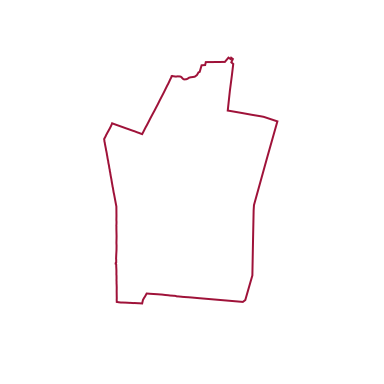 the district of Radoiesti, Teleorman, Romania, rotated 304°
{"feature_id": "2599482B34958569310184", "entity_name": "Radoiesti", "entity_type": "district", "adm_level": 2, "iso_a3": "ROU", "parent_name": "Romania", "parent_adm1": "Teleorman", "projection": "equal_earth", "projection_center": [25.145, 44.144], "detail": "fine", "context": "isolated", "style": "outline", "palette": "rose", "viewbox_px": 384, "rotation_deg": 304, "n_neighbors": 0, "source": "geoboundaries", "source_scale": "gbopen_adm2", "svg_char_len": 3953}
<svg xmlns="http://www.w3.org/2000/svg" viewBox="0 0 384 384"><g transform="rotate(304 192 192)"><path d="M325.1,151.5L325.2,149.4L323.8,149.6L323.8,147.1L318.2,146.5L307.4,130.8L304.6,131.9L302.4,129.1L295.9,131.2L294.8,130.5L291.7,130.7L289.1,129.8L288.1,128.7L286.8,127.3L286.6,127.0L286.1,126.5L285.6,126.1L285.3,125.8L285.0,125.6L284.8,125.5L284.6,125.4L283.9,125.2L283.5,125.0L283.1,124.8L282.7,124.5L282.4,124.3L282.1,124.0L281.9,123.7L281.6,123.4L281.3,123.0L281.0,122.6L280.9,122.3L280.8,121.9L280.8,121.2L280.9,120.6L281.0,120.1L281.3,119.2L281.3,118.8L281.3,118.2L281.2,117.8L281.0,117.4L280.8,117.0L280.6,116.6L280.2,116.0L279.9,115.5L279.3,114.8L278.8,114.3L278.5,113.8L278.3,113.5L278.2,113.1L277.9,112.6L277.5,111.7L277.3,111.3L277.2,110.8L277.0,110.5L276.9,110.4L276.5,110.3L276.3,110.5L276.1,110.6L275.6,110.7L274.7,110.8L274.1,110.9L273.6,110.9L271.3,111.3L268.1,111.8L266.6,111.9L263.7,112.3L259.4,112.9L257.0,113.2L253.4,113.6L250.0,114.0L245.6,114.6L242.7,114.9L238.5,115.4L235.3,115.7L229.6,116.3L226.5,116.7L222.2,117.2L219.6,117.4L217.2,117.7L214.0,118.1L212.1,118.3L211.6,116.3L211.4,115.3L210.9,113.5L210.2,110.3L209.8,109.0L209.2,106.7L208.5,103.9L207.9,101.7L207.1,98.5L206.2,95.0L205.4,91.9L204.7,89.1L204.3,87.4L204.0,87.5L203.8,87.5L201.7,87.9L201.0,88.0L197.7,88.4L197.3,88.4L197.1,88.4L196.5,88.5L196.1,88.5L195.6,88.6L195.3,88.6L194.9,88.6L194.3,88.7L193.9,88.7L193.0,88.8L192.3,88.9L191.8,88.9L191.0,89.0L190.6,89.1L190.2,89.2L189.9,89.2L189.5,89.2L188.8,89.4L188.2,89.4L187.8,89.4L187.3,89.5L187.1,89.5L186.9,89.5L186.7,89.6L186.5,89.8L186.2,90.1L185.4,90.8L185.1,91.0L184.6,91.5L184.1,92.1L183.4,92.7L182.7,93.4L181.4,94.7L180.4,95.7L179.8,96.3L179.4,96.7L178.8,97.2L178.0,98.1L177.0,99.1L176.1,100.0L175.7,100.3L174.7,101.3L173.7,102.3L173.1,102.8L171.8,104.1L171.3,104.6L171.1,104.9L170.2,105.7L169.7,106.1L169.2,106.6L168.9,106.9L168.4,107.4L167.7,108.2L167.1,108.7L166.6,109.2L165.8,109.9L165.1,110.6L164.5,111.3L163.6,112.0L163.0,112.6L162.6,113.0L162.1,113.6L161.2,114.3L160.8,114.8L160.4,115.1L159.6,115.9L159.0,116.5L158.1,117.4L157.3,118.2L156.9,118.6L156.5,118.9L155.9,119.5L155.5,119.9L155.2,120.1L154.7,120.7L154.1,121.2L153.5,121.8L152.8,122.5L152.0,123.2L151.4,123.9L150.6,124.7L149.8,125.4L149.3,125.9L148.7,126.5L148.4,126.7L146.5,128.7L139.1,136.0L137.7,137.4L129.7,142.9L126.6,144.9L124.9,146.2L123.0,147.4L121.8,148.1L121.5,148.3L121.2,148.6L119.8,149.5L118.2,150.6L116.8,151.6L114.4,153.3L113.3,154.1L111.3,155.4L109.1,156.8L107.4,157.9L105.4,159.4L104.2,160.2L102.8,161.1L101.6,161.9L100.7,162.4L100.3,162.7L98.9,163.5L96.3,165.1L95.0,165.9L94.2,166.4L93.5,167.0L92.9,167.4L92.5,167.7L91.7,168.2L91.4,168.4L91.2,168.4L91.2,168.5L90.8,168.6L90.5,168.6L90.3,168.6L90.0,168.7L89.8,168.8L89.8,169.0L89.8,169.3L89.4,169.8L87.8,170.9L86.2,172.1L84.7,173.2L83.4,174.1L81.4,175.4L80.3,176.3L77.8,178.0L76.8,178.6L75.2,179.8L74.1,180.5L72.8,181.5L71.0,182.8L69.5,183.8L67.5,185.1L66.5,185.8L65.2,186.7L63.9,187.6L61.9,189.0L60.9,189.6L59.6,190.5L58.8,191.1L59.1,191.7L59.6,192.9L60.2,194.0L60.5,194.7L61.2,195.7L61.5,196.2L62.2,197.3L63.2,198.9L65.1,202.1L65.8,203.2L67.0,205.3L67.6,206.2L67.9,206.5L68.5,207.6L70.5,210.9L71.7,213.0L75.1,211.7L76.2,211.6L77.2,211.5L77.6,211.5L78.3,211.5L79.0,211.5L81.2,211.3L82.5,211.2L84.2,214.2L84.9,215.4L87.9,220.5L89.5,223.3L90.1,224.3L90.7,225.5L91.6,227.3L93.2,230.2L93.9,231.7L94.6,232.9L95.1,233.7L95.7,234.8L96.0,235.3L96.2,235.6L96.5,236.2L96.7,236.7L97.0,237.8L97.3,238.3L97.8,239.1L98.3,240.0L98.6,240.6L98.9,241.1L99.2,241.6L99.4,242.1L100.0,243.2L100.6,244.2L101.5,245.8L102.7,247.8L103.7,249.6L103.9,249.9L107.9,257.2L129.3,295.6L132.2,296.6L151.0,290.5L152.9,289.9L156.6,288.7L186.7,269.2L211.2,253.4L215.8,250.7L262.1,235.2L298.3,223.3L296.9,218.3L294.8,210.8L294.4,209.4L293.2,206.6L289.4,198.3L285.5,189.4L280.7,178.7L279.5,176.1L297.1,166.8L310.9,159.9L321.2,154.6L321.5,152.1L325.1,151.5Z" fill="none" stroke="#9f1239" stroke-width="2"/></g></svg>